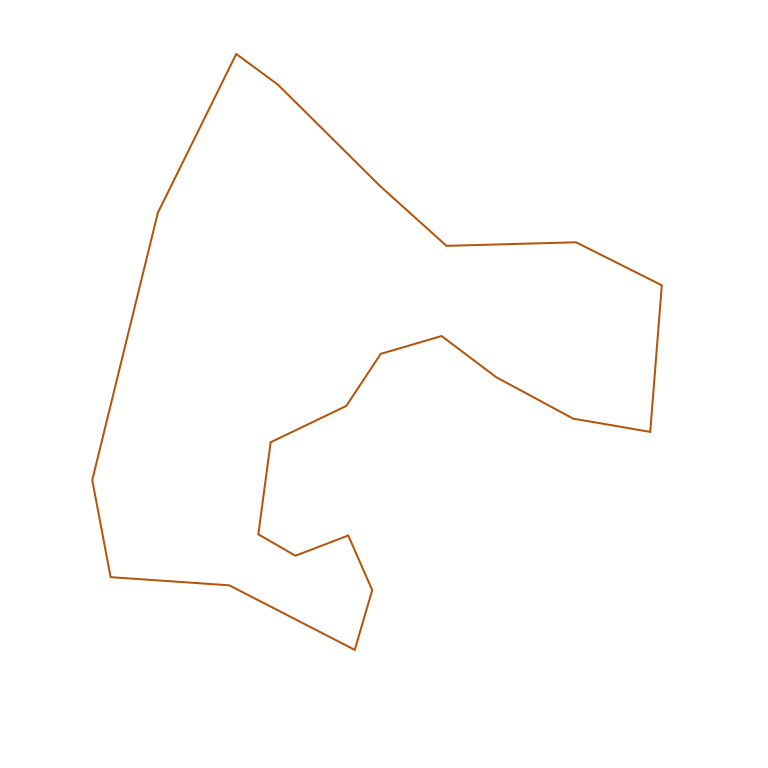 map outline of Port Louis (orthographic projection), rotated 198°
{"feature_id": "MUS-5189", "entity_name": "Port Louis", "entity_type": "City", "adm_level": 1, "iso_a3": "MUS", "parent_name": "Mauritius", "parent_adm1": "", "projection": "orthographic", "projection_center": [57.509, -20.162], "detail": "fine", "context": "isolated", "style": "outline", "palette": "amber", "viewbox_px": 768, "rotation_deg": 198, "n_neighbors": 0, "source": "natural_earth", "source_scale": "10m", "svg_char_len": 442}
<svg xmlns="http://www.w3.org/2000/svg" viewBox="0 0 768 768"><g transform="rotate(198 384 384)"><path d="M150.3,563.7L116.0,420.7L193.4,409.5L279.2,425.1L344.1,447.4L396.4,411.7L413.1,351.5L473.8,293.6L457.1,202.2L415.2,193.3L371.2,228.9L331.5,184.3L329.7,122.1L469.0,144.7L584.3,115.8L631.8,202.5L652.0,477.0L626.5,652.2L577.4,635.9L448.6,570.9L367.3,534.7L245.2,578.1L150.3,563.7Z" fill="none" stroke="#b45309" stroke-width="2"/></g></svg>